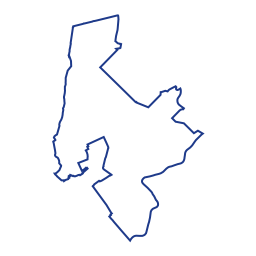 Zuidplas, Zuid-Holland, Netherlands (Mercator projection)
{"feature_id": "6326949B74925869781753", "entity_name": "Zuidplas", "entity_type": "district", "adm_level": 2, "iso_a3": "NLD", "parent_name": "Netherlands", "parent_adm1": "Zuid-Holland", "projection": "mercator", "projection_center": [4.603, 52.0], "detail": "fine", "context": "isolated", "style": "outline", "palette": "blue", "viewbox_px": 256, "rotation_deg": 0, "n_neighbors": 0, "source": "geoboundaries", "source_scale": "gbopen_adm2", "svg_char_len": 5506}
<svg xmlns="http://www.w3.org/2000/svg" viewBox="0 0 256 256"><path d="M72.9,27.3L73.1,27.4L73.0,27.6L72.8,28.0L72.8,28.4L70.6,43.2L70.7,43.7L70.8,43.8L70.4,45.7L70.1,47.7L69.9,48.3L69.6,49.9L69.6,50.8L69.6,51.4L69.3,52.7L69.0,54.5L69.1,55.4L68.7,55.5L69.0,56.4L69.0,56.5L69.0,56.8L69.2,57.3L69.7,57.2L71.0,61.0L71.2,66.2L67.7,70.6L65.7,77.9L65.7,80.3L65.7,81.1L65.6,82.4L65.7,84.3L65.5,85.0L65.4,85.4L65.2,86.0L64.9,86.6L64.9,86.8L64.9,87.9L64.9,89.5L65.0,90.6L64.8,92.5L64.8,92.9L64.2,95.9L64.0,96.6L64.0,97.9L64.3,99.1L64.4,101.3L64.6,103.3L64.5,103.9L64.3,104.6L63.9,106.4L63.7,107.0L63.6,107.4L63.1,108.1L63.0,108.4L63.1,108.9L63.2,109.4L63.3,109.7L63.2,110.6L62.8,112.6L62.6,114.9L62.3,116.4L62.2,117.1L62.0,117.7L61.6,118.8L61.3,119.6L60.2,121.5L59.8,122.4L59.6,123.1L59.4,123.9L59.3,124.3L59.3,125.2L59.4,125.6L59.5,125.8L57.0,134.5L55.6,135.3L54.4,136.4L54.2,136.9L53.9,137.6L54.7,138.8L55.0,139.2L55.4,140.0L55.1,140.3L54.4,140.8L53.5,141.3L53.3,141.5L53.2,141.7L53.6,142.7L53.8,143.7L54.3,146.5L55.0,150.1L55.4,153.0L55.4,153.6L55.0,154.9L55.0,155.2L55.1,155.5L55.2,155.8L55.4,156.1L55.9,156.6L56.2,156.9L56.5,157.1L56.8,157.2L57.4,157.5L57.8,157.8L57.9,158.0L58.6,159.3L59.2,161.0L59.2,161.3L59.2,161.6L59.2,163.0L59.2,163.3L60.4,164.7L61.0,165.4L61.1,165.5L61.0,166.5L60.6,167.2L59.7,169.4L59.6,169.7L59.3,170.2L57.5,172.0L56.3,173.0L55.3,173.5L55.0,173.6L54.7,173.6L55.1,174.3L56.6,175.7L56.7,175.8L56.9,176.2L57.0,176.3L61.5,180.3L62.1,180.3L62.8,180.4L63.8,180.3L63.8,180.5L64.0,180.5L63.9,180.8L64.0,181.1L65.7,179.9L67.9,179.2L68.2,179.1L68.3,178.9L68.4,178.6L68.4,178.2L68.9,178.1L69.1,178.0L68.8,177.5L69.3,177.1L68.8,176.4L69.3,176.0L69.1,175.8L70.1,175.1L70.6,175.8L71.1,175.5L71.0,175.2L71.9,175.5L72.1,175.8L73.2,176.2L73.5,176.1L73.6,175.9L74.9,176.4L76.7,175.8L78.4,175.0L79.8,174.8L80.1,175.2L80.6,174.9L82.2,173.9L82.7,173.5L82.4,173.1L83.4,172.2L83.8,171.9L87.6,168.6L87.1,167.9L86.4,168.4L85.9,167.8L82.6,170.7L82.2,170.3L81.8,170.6L78.3,163.0L87.5,159.4L87.6,157.2L87.7,156.5L87.6,155.6L87.5,154.5L87.2,153.5L86.9,152.5L86.5,151.6L85.8,150.4L88.3,149.0L87.3,146.8L88.3,146.3L87.5,144.5L103.7,137.0L106.2,142.4L108.1,146.7L108.3,147.2L108.3,147.5L108.3,147.8L108.2,147.8L108.0,148.9L106.0,156.6L105.9,157.0L105.4,158.0L105.2,158.5L104.1,163.1L103.7,164.7L103.5,165.4L103.5,165.5L103.6,166.2L103.6,166.3L103.2,166.9L103.1,167.3L103.0,167.7L103.0,168.0L103.1,168.4L103.2,168.6L103.3,168.8L103.7,169.2L104.3,169.7L111.4,174.7L111.5,174.8L110.5,175.4L110.1,175.6L109.3,175.8L109.0,176.0L106.2,177.9L101.6,180.7L99.8,181.4L99.7,181.4L99.3,180.9L99.1,180.8L94.2,184.4L94.0,184.7L93.7,185.3L93.6,185.5L93.1,185.8L93.1,186.1L92.8,186.3L106.5,205.0L111.2,212.8L111.8,213.4L110.5,214.5L110.9,215.1L109.3,216.5L111.5,219.1L112.6,220.2L113.2,221.0L114.0,222.0L120.6,229.7L130.1,240.6L130.6,239.7L131.1,238.9L131.7,238.2L132.2,237.6L132.8,237.1L133.2,236.8L133.8,236.4L134.5,236.1L135.1,235.9L136.4,235.7L137.9,235.8L140.1,235.9L142.1,235.9L142.5,235.8L143.1,235.6L143.7,235.3L144.4,235.0L145.1,234.4L145.4,234.0L145.7,233.6L146.0,233.3L146.1,232.9L146.4,232.0L148.3,224.3L149.1,221.8L149.4,220.3L150.0,217.6L150.2,216.1L150.5,213.8L150.7,212.4L150.8,211.7L151.1,211.0L151.4,210.3L151.7,210.0L152.3,209.3L152.9,208.8L153.5,208.5L153.9,208.3L156.2,207.3L156.9,206.9L157.4,206.3L157.8,205.7L158.0,205.3L158.0,205.0L158.1,204.3L158.0,203.6L158.0,203.2L157.8,202.6L157.6,202.0L157.1,201.4L156.8,200.8L156.0,200.0L155.9,199.8L155.7,199.4L154.2,196.3L152.7,194.2L152.1,192.8L151.4,191.8L149.4,189.7L147.6,187.8L143.6,184.2L143.0,183.5L142.5,182.9L142.3,182.5L142.1,182.1L142.0,181.5L142.0,180.9L142.2,180.3L142.3,179.9L142.7,179.3L143.0,178.9L143.5,178.4L143.9,178.0L144.8,177.4L145.9,177.2L148.3,176.7L149.8,176.4L153.1,175.5L155.2,174.8L158.9,173.9L160.7,173.3L162.4,172.3L163.2,171.8L164.1,170.9L165.8,169.2L166.4,168.6L167.5,167.8L168.3,167.2L168.8,167.0L169.7,166.7L171.6,166.3L174.6,165.2L176.7,164.5L177.5,164.2L180.4,163.5L181.4,163.1L182.0,162.7L182.7,162.2L183.3,161.5L183.8,160.6L184.2,159.5L184.4,158.7L184.5,157.7L184.8,155.8L185.0,154.3L185.1,153.4L185.2,152.9L185.4,152.2L185.7,151.7L185.9,151.2L186.3,150.7L186.7,150.2L187.4,149.6L189.4,148.1L190.3,147.4L192.2,145.4L192.6,144.8L193.7,143.2L194.8,141.6L195.9,140.1L196.3,139.7L201.5,134.6L202.8,133.6L197.9,130.7L193.9,133.2L183.9,123.3L175.6,121.7L172.1,118.2L179.5,110.6L180.0,110.2L180.5,109.8L181.0,109.6L181.8,109.4L182.7,109.2L183.2,109.3L183.3,109.2L183.9,108.3L181.6,106.7L178.9,104.6L178.5,104.1L178.3,103.7L178.1,103.5L178.0,103.2L177.7,102.6L177.5,101.8L177.4,100.9L177.4,100.3L177.4,99.9L177.5,99.4L177.7,98.7L177.8,98.5L178.2,97.8L179.4,96.1L179.9,95.2L180.4,94.2L180.7,93.0L180.8,91.7L180.8,90.7L180.7,89.7L180.6,89.2L180.3,88.5L179.3,89.2L177.9,89.9L177.5,90.0L177.2,89.9L176.9,89.9L176.6,89.7L176.3,89.5L176.0,88.9L176.3,87.1L175.6,86.3L173.0,87.6L169.8,89.3L169.3,89.6L168.8,90.0L168.0,90.9L167.6,91.4L165.3,90.8L161.4,92.1L160.7,92.1L160.6,94.1L160.5,94.9L148.3,107.3L137.1,102.8L136.5,102.1L136.2,102.4L135.6,102.1L118.4,85.2L100.2,67.4L117.3,49.9L116.2,48.8L119.9,48.2L120.1,48.1L120.4,47.9L121.0,44.7L121.1,44.1L120.7,44.0L120.4,44.0L120.4,43.9L120.1,43.9L119.8,43.7L118.1,43.4L117.6,43.1L115.6,41.3L115.4,41.2L115.6,39.3L116.1,35.9L117.5,30.1L117.7,28.3L118.3,21.3L118.4,19.8L118.5,19.5L118.3,16.8L118.1,15.5L117.8,15.4L117.4,15.4L109.8,17.3L96.3,20.6L94.5,21.0L93.4,21.1L92.2,21.6L84.4,23.5L84.1,23.4L83.9,23.4L83.5,23.7L82.1,24.1L73.2,26.3L72.9,27.3Z" fill="none" stroke="#1e3a8a" stroke-width="2"/></svg>